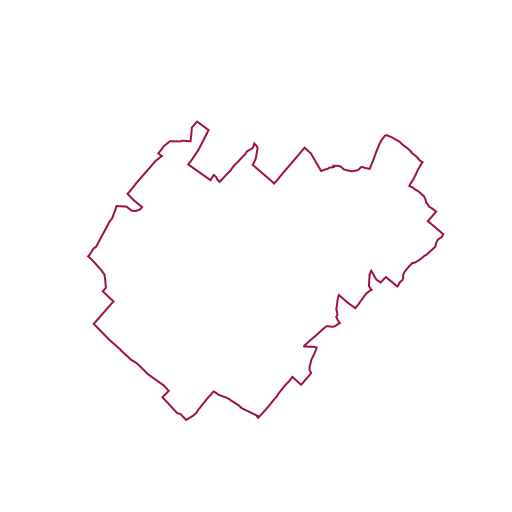 the district of Sucilá, Yucatán, Mexico, rotated 304°
{"feature_id": "50627088B76826133075245", "entity_name": "Sucilá", "entity_type": "district", "adm_level": 2, "iso_a3": "MEX", "parent_name": "Mexico", "parent_adm1": "Yucatán", "projection": "orthographic", "projection_center": [-88.347, 21.211], "detail": "fine", "context": "isolated", "style": "outline", "palette": "rose", "viewbox_px": 512, "rotation_deg": 304, "n_neighbors": 0, "source": "geoboundaries", "source_scale": "gbopen_adm2", "svg_char_len": 5309}
<svg xmlns="http://www.w3.org/2000/svg" viewBox="0 0 512 512"><g transform="rotate(304 256 256)"><path d="M102.4,196.1L102.3,196.7L102.0,198.5L101.5,201.4L101.3,203.2L101.0,204.8L100.8,206.5L100.5,207.9L100.3,209.0L100.1,209.8L100.1,210.3L100.2,212.0L100.3,213.9L100.4,216.8L100.3,217.7L100.1,218.9L100.1,219.9L99.6,221.9L99.4,223.3L99.0,225.0L98.8,225.9L98.8,226.5L98.4,228.7L97.6,232.1L97.1,251.9L95.4,259.1L86.6,257.4L81.7,278.5L82.8,281.8L82.0,285.5L81.0,289.7L89.2,293.5L92.7,294.3L95.6,294.1L108.8,295.2L111.6,295.4L113.4,295.6L113.9,295.9L119.5,296.5L120.0,296.6L120.1,299.3L120.1,303.1L121.9,310.3L122.1,311.2L122.4,314.2L122.1,316.7L122.2,316.9L122.3,317.1L122.5,325.3L121.9,328.8L121.8,329.0L124.3,346.5L123.5,346.5L123.1,348.2L128.7,349.2L139.2,350.6L146.4,351.1L147.4,351.2L152.0,351.8L153.2,351.5L156.1,351.7L164.3,352.4L164.6,352.4L171.1,353.5L172.6,353.5L176.1,353.8L175.0,362.0L174.4,365.2L175.9,365.7L179.0,365.9L183.2,366.5L187.5,367.1L190.0,367.0L191.2,364.4L194.3,362.2L196.4,361.7L200.6,360.0L210.0,358.6L214.0,357.5L213.5,355.5L207.9,346.6L208.4,346.1L209.1,346.3L217.9,348.5L224.0,350.2L232.9,352.4L237.1,353.7L237.5,354.0L239.1,357.1L239.8,358.7L240.7,359.7L242.3,360.9L244.7,361.8L247.2,363.0L248.0,360.8L248.1,360.3L249.3,358.5L250.4,356.5L252.2,356.6L253.0,356.2L256.3,353.0L256.8,352.3L258.8,351.4L261.5,350.1L265.0,348.3L268.4,347.0L270.0,346.5L269.1,354.0L268.5,359.1L268.5,362.2L268.2,367.5L274.1,368.0L276.9,368.0L285.1,368.3L286.7,368.4L290.7,369.8L292.4,370.8L294.4,366.2L296.8,364.9L300.9,362.4L302.3,361.8L303.6,360.6L305.0,360.6L307.0,359.9L308.2,359.8L307.7,361.0L306.9,362.6L305.8,364.7L304.9,366.2L304.3,367.8L303.7,369.1L303.7,370.6L303.7,372.0L303.9,372.3L303.7,374.2L307.5,374.7L311.2,375.5L310.3,384.5L309.8,389.9L309.9,390.4L312.5,390.2L314.6,389.9L318.3,390.9L319.6,390.3L320.6,390.1L321.7,389.1L322.8,388.5L323.3,388.4L324.2,388.4L325.3,388.1L326.2,388.0L333.0,388.7L333.6,388.8L334.8,389.2L335.8,389.2L337.6,389.5L337.8,390.2L340.3,391.9L343.9,393.6L346.7,394.5L348.4,395.0L350.2,395.5L352.1,396.6L353.2,396.9L356.5,397.6L359.9,398.5L360.7,398.6L361.4,398.9L362.3,399.1L364.1,399.5L365.8,398.7L367.1,398.2L368.3,398.1L369.0,397.9L370.4,397.6L371.2,397.7L372.0,397.9L373.5,398.5L374.6,399.0L375.4,399.3L376.2,399.4L377.6,399.1L378.3,399.1L378.8,399.1L379.0,397.0L380.5,383.7L381.0,379.0L393.5,380.5L393.6,379.6L393.7,377.9L393.8,376.9L393.9,375.2L393.8,373.7L393.6,372.1L393.9,371.7L394.1,370.9L394.8,369.7L395.2,368.3L395.5,367.0L395.8,366.9L397.0,365.6L397.7,364.8L399.7,361.3L399.6,359.7L400.1,357.3L400.3,355.6L400.4,353.3L400.2,351.3L400.2,349.8L400.4,348.7L400.4,347.8L400.1,345.7L399.8,344.0L403.0,343.6L407.0,343.6L409.5,343.4L411.5,343.0L412.9,342.9L418.4,341.9L420.3,341.9L424.1,341.6L426.9,341.6L426.7,338.7L427.5,335.9L427.8,334.9L428.1,333.1L428.5,329.0L428.6,327.9L428.5,327.0L429.1,326.7L429.5,325.3L429.5,324.0L429.7,323.1L429.9,322.2L430.0,320.9L430.4,314.4L431.0,311.0L430.7,307.6L430.4,302.6L429.6,298.5L429.3,297.0L428.2,295.8L427.1,295.5L425.2,295.4L421.3,295.3L417.3,295.9L415.7,296.2L409.2,297.5L405.4,298.5L399.9,299.9L391.7,301.5L390.7,298.8L390.3,298.0L389.2,294.3L388.6,293.5L387.6,293.2L387.0,293.1L385.5,292.9L384.1,292.4L383.3,291.7L379.9,288.2L378.1,283.9L376.9,280.5L377.3,277.8L377.5,276.9L377.0,274.2L375.7,272.3L374.1,269.7L373.2,270.7L370.6,267.8L369.7,267.1L369.0,267.1L367.3,265.7L363.6,263.0L362.9,262.5L363.3,261.5L364.2,259.7L365.5,257.0L366.0,256.0L366.9,253.9L367.2,253.5L368.4,251.0L368.9,249.9L369.6,248.6L370.4,246.9L371.6,244.5L371.8,243.6L372.3,240.5L372.9,235.7L367.5,235.1L362.4,234.6L347.1,232.8L341.3,232.1L337.9,231.8L331.3,231.2L326.3,230.6L327.4,222.0L328.5,212.3L328.5,212.2L328.8,210.2L329.7,202.3L333.5,201.9L335.4,201.6L337.1,201.1L338.9,200.3L341.0,199.4L342.5,198.6L343.8,198.1L345.1,197.6L346.2,197.1L346.9,196.0L347.6,195.1L348.2,191.7L346.5,192.3L345.0,192.7L343.6,192.7L342.7,192.6L342.1,192.3L341.0,191.7L340.3,191.3L339.3,190.7L337.6,190.1L335.0,190.1L333.5,190.0L331.7,189.5L330.2,189.4L328.3,189.0L326.8,188.8L325.3,188.5L323.9,188.5L322.7,188.1L320.6,187.6L319.2,187.5L317.7,187.2L316.5,187.2L315.0,187.0L313.7,187.2L310.7,186.7L305.0,185.7L304.4,185.6L297.1,184.4L297.2,183.6L297.5,183.0L297.8,181.0L298.7,179.8L299.1,179.2L299.4,177.1L299.5,175.6L293.4,175.9L294.0,148.7L301.6,149.0L312.4,148.9L333.9,146.3L334.5,132.0L326.6,131.0L321.5,133.9L320.8,134.3L314.4,137.6L311.9,133.0L310.0,129.9L308.8,129.4L307.4,127.2L306.3,125.4L305.2,123.9L304.7,123.1L303.1,120.5L295.8,118.2L293.9,118.1L286.4,117.7L286.3,122.0L278.3,119.5L269.3,118.5L259.3,117.2L258.8,117.1L251.4,116.2L240.1,115.3L236.2,114.8L235.7,114.7L234.4,120.7L233.9,123.5L233.5,126.9L232.8,134.2L230.7,134.0L228.9,133.3L226.3,131.4L224.1,127.8L224.5,121.0L219.5,112.5L219.3,112.6L216.3,113.3L214.9,113.7L206.6,115.7L204.6,115.5L202.1,115.4L201.1,115.5L194.0,116.3L182.4,117.4L180.0,117.7L175.2,118.2L174.5,118.2L173.7,118.2L171.9,117.3L170.3,117.0L167.3,117.3L165.8,117.3L165.0,117.3L162.6,117.2L161.9,117.0L161.2,121.6L160.6,124.5L160.5,124.9L158.7,131.7L158.5,132.9L157.8,135.6L157.0,137.6L156.3,139.3L156.0,140.6L155.6,141.0L154.4,141.9L153.7,142.8L145.8,149.3L141.1,148.7L139.4,158.2L138.7,163.2L119.3,160.8L109.0,159.4L104.5,181.3L102.7,195.3L102.6,195.9L102.4,196.1Z" fill="none" stroke="#9f1239" stroke-width="2"/></g></svg>